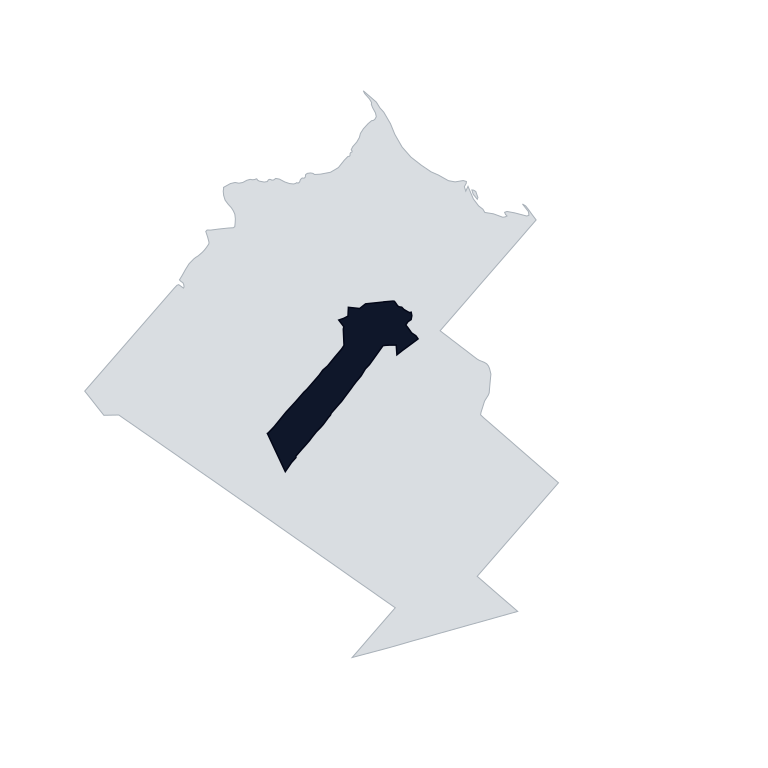 Chinguitti, Adrar, Mauritania (highlighted), rotated 131°
{"feature_id": "47542326B90495786476095", "entity_name": "Chinguitti", "entity_type": "district", "adm_level": 2, "iso_a3": "MRT", "parent_name": "Mauritania", "parent_adm1": "Adrar", "projection": "mercator", "projection_center": [-10.907, 20.124], "detail": "fine", "context": "in_parent", "style": "filled", "palette": "ink", "viewbox_px": 768, "rotation_deg": 131, "n_neighbors": 0, "source": "geoboundaries", "source_scale": "gbopen_adm2", "svg_char_len": 4362}
<svg xmlns="http://www.w3.org/2000/svg" viewBox="0 0 768 768"><g transform="rotate(131 384 384)"><path d="M334.3,631.7L333.5,631.4L329.6,628.6L327.7,625.3L324.6,622.8L320.3,621.2L317.4,619.3L316.1,617.2L314.5,615.7L312.9,615.0L312.7,614.3L313.1,613.2L312.7,611.2L310.2,606.9L307.8,604.9L305.8,605.2L304.7,604.7L304.0,603.7L303.7,602.3L302.3,601.1L299.9,600.6L298.0,597.4L296.6,591.4L294.7,586.8L292.4,583.5L290.7,582.3L289.5,582.1L289.1,581.5L288.8,580.6L287.0,580.2L284.5,581.2L282.2,580.9L281.1,579.3L279.5,579.1L277.5,580.5L275.4,580.1L273.0,578.0L271.7,575.9L271.4,573.8L267.3,569.6L259.3,563.3L250.6,560.4L241.2,560.8L236.0,560.5L234.8,559.5L233.7,559.6L232.5,560.7L231.3,561.0L230.0,560.4L229.1,560.8L228.8,562.4L225.5,563.3L219.2,563.3L214.1,564.3L210.3,566.2L204.8,567.0L197.7,566.8L193.4,566.1L192.0,564.9L189.9,564.6L187.3,565.2L185.0,568.3L182.9,573.9L181.2,577.1L179.8,577.9L178.4,582.0L177.5,589.0L176.3,592.0L176.3,574.7L178.3,568.2L179.0,562.5L183.3,549.9L188.5,539.6L193.3,525.8L195.1,512.5L194.4,499.4L193.0,487.7L190.6,480.0L188.3,468.8L184.8,462.9L178.5,457.7L177.1,454.7L178.6,453.6L182.4,452.8L184.8,448.8L179.7,450.3L185.7,438.0L187.5,429.5L187.2,424.0L188.4,420.5L183.8,413.1L180.2,403.7L178.4,402.2L176.5,401.4L176.3,403.6L175.3,405.6L173.1,404.4L169.1,397.6L163.6,386.5L161.7,385.3L160.1,386.9L159.1,388.3L157.3,397.6L156.7,393.9L157.5,389.6L158.8,384.2L160.4,376.8L165.1,376.8L173.6,376.8L190.7,376.7L199.2,376.7L216.2,376.7L224.7,376.7L241.8,376.7L250.3,376.7L267.3,376.6L275.8,376.6L292.9,376.6L301.4,376.6L307.0,376.6L306.7,371.3L306.4,367.1L306.1,361.4L305.7,355.8L305.4,350.1L305.0,344.8L304.7,339.5L304.4,334.6L304.1,330.1L303.6,327.5L301.8,322.3L301.4,319.7L301.9,317.0L303.1,314.5L306.4,309.8L311.5,306.2L317.3,302.0L321.7,298.8L324.0,298.0L330.9,296.9L336.4,294.5L341.7,292.2L343.9,290.9L344.1,286.5L344.1,187.5L370.5,187.5L377.4,187.5L425.8,187.5L432.7,187.5L468.0,187.5L468.0,182.8L468.0,176.0L468.0,166.7L468.0,157.3L467.9,140.8L467.9,133.9L474.9,138.5L488.9,147.7L495.9,152.3L509.8,161.5L523.8,170.7L537.8,179.9L544.8,184.4L551.8,189.0L558.7,193.6L565.7,198.1L579.7,207.2L585.5,211.1L594.5,217.2L602.9,222.9L611.3,228.6L598.3,228.6L580.9,228.7L569.1,228.7L556.9,228.7L545.5,228.7L546.5,238.0L547.6,248.2L548.6,258.3L549.7,268.4L550.8,278.5L553.9,308.7L555.0,318.7L556.0,328.8L557.1,338.7L558.2,348.7L560.3,368.6L561.3,378.5L562.4,388.4L563.4,398.3L564.5,408.2L565.6,418.0L567.7,437.7L568.7,447.5L569.8,457.3L570.9,467.1L571.9,476.8L573.0,486.6L574.0,496.3L575.1,506.1L577.2,525.5L578.3,535.1L579.3,544.8L580.4,554.5L581.4,563.8L585.8,568.7L591.4,574.9L589.8,583.6L587.8,593.9L585.7,605.2L570.3,605.2L555.1,605.2L517.3,605.2L509.7,605.2L471.8,605.2L464.2,605.2L449.6,605.2L445.3,605.0L443.7,604.1L443.2,598.3L441.9,598.6L440.3,600.4L439.5,602.2L439.8,604.6L439.6,606.7L434.7,607.5L428.1,608.9L421.2,610.0L414.2,609.6L411.8,609.1L409.3,608.3L403.7,607.5L400.7,607.4L397.2,607.6L393.2,608.1L391.8,609.1L388.8,613.5L385.8,618.6L383.8,618.5L381.6,615.8L375.6,610.5L368.3,603.7L365.0,600.3L363.2,599.8L359.7,602.3L356.8,604.6L353.7,608.0L352.2,611.2L351.1,614.9L350.6,619.4L349.5,624.5L346.9,628.7L344.0,631.8L341.7,633.3L340.9,634.1L334.3,631.7ZM182.3,441.1L179.9,445.0L178.9,443.5L178.5,441.0L180.6,437.4L181.6,435.5L183.4,434.8L182.3,441.1Z" fill="#d9dde1" stroke="#a8b0b8" stroke-width="1"/><path d="M349.5,461.2L350.7,460.2L352.4,458.9L356.4,455.7L359.9,457.1L360.9,457.5L365.4,460.1L367.1,451.9L369.2,450.8L381.1,439.5L385.6,438.9L395.6,438.8L407.4,438.4L413.7,439.3L419.9,438.7L438.7,438.7L442.6,439.1L455.7,439.1L469.4,439.5L488.3,438.9L497.1,439.3L497.8,439.6L514.9,401.0L504.0,402.3L497.3,402.2L496.3,403.2L487.0,403.2L482.8,403.1L475.4,403.1L471.9,403.4L464.5,403.7L458.0,403.3L454.2,403.3L445.8,404.0L442.6,404.0L440.7,404.7L432.0,404.7L429.1,404.7L425.2,404.6L419.1,405.1L409.2,405.8L405.3,406.2L400.5,406.5L393.1,406.6L392.9,406.6L384.8,408.0L379.0,407.7L355.7,409.9L353.6,408.0L351.0,405.3L346.6,400.3L353.5,393.4L346.6,392.1L333.7,389.2L327.6,387.9L326.7,391.4L327.3,396.7L325.8,403.0L325.2,406.3L323.6,406.5L321.3,406.8L317.6,405.8L314.2,407.8L312.0,410.6L313.3,411.5L313.8,413.2L314.1,414.8L314.7,417.9L314.4,421.0L315.8,423.2L316.1,424.9L315.5,427.2L315.0,429.1L314.8,430.6L315.6,431.7L322.3,438.2L322.8,438.5L335.6,450.5L343.0,451.9L349.5,461.2Z" fill="#0f172a" stroke="#020617" stroke-width="1.5"/></g></svg>